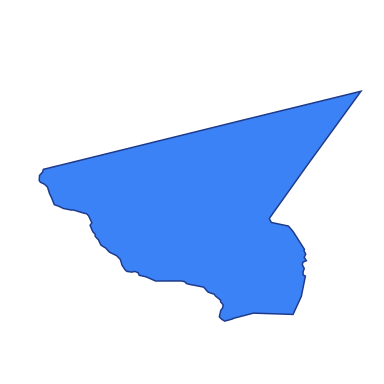 outline of Rusape, Manicaland, Zimbabwe, rotated 278°
{"feature_id": "62879985B51591282802552", "entity_name": "Rusape", "entity_type": "district", "adm_level": 2, "iso_a3": "ZWE", "parent_name": "Zimbabwe", "parent_adm1": "Manicaland", "projection": "equal_earth", "projection_center": [32.12, -18.535], "detail": "fine", "context": "isolated", "style": "filled", "palette": "blue", "viewbox_px": 384, "rotation_deg": 278, "n_neighbors": 0, "source": "geoboundaries", "source_scale": "gbopen_adm2", "svg_char_len": 1243}
<svg xmlns="http://www.w3.org/2000/svg" viewBox="0 0 384 384"><g transform="rotate(278 192 192)"><path d="M153.9,93.0L147.5,97.1L144.9,95.7L138.8,99.3L136.9,101.8L134.5,102.4L131.6,106.0L126.6,109.3L124.4,114.5L121.0,118.5L118.4,126.3L115.1,130.5L109.8,132.9L105.5,136.7L104.3,138.6L104.3,143.5L105.4,146.6L104.5,150.0L102.2,151.3L101.6,158.3L98.8,168.3L99.6,174.0L102.4,193.6L102.4,193.8L102.4,194.1L102.2,197.2L100.6,199.2L100.2,202.0L100.0,205.4L100.0,206.3L99.4,216.8L97.0,219.6L95.1,221.8L93.8,228.3L92.1,230.0L89.0,235.2L87.2,235.6L84.7,238.5L81.6,238.5L78.9,237.0L72.2,236.4L70.1,239.1L68.7,242.4L72.0,250.0L72.5,250.2L72.9,251.2L80.6,269.7L84.7,307.9L84.8,309.1L103.9,314.8L109.3,315.1L124.5,316.0L125.4,313.6L128.2,313.1L131.9,313.8L135.2,311.4L138.0,311.6L139.9,314.8L142.9,312.2L143.0,312.2L146.3,313.3L149.3,311.1L150.9,311.3L166.7,297.8L167.4,297.1L171.7,292.2L172.9,274.8L176.5,272.2L180.9,274.5L181.9,275.0L234.1,302.1L315.3,345.3L271.4,235.2L237.4,150.5L198.7,54.0L193.8,41.7L191.1,41.3L187.2,38.7L182.1,39.1L180.6,40.5L179.1,45.0L176.8,48.2L170.7,51.1L166.1,54.1L160.3,57.4L159.4,61.9L157.8,66.9L157.3,75.3L157.7,76.6L155.9,88.5L155.9,89.0L155.8,90.7L153.9,93.0Z" fill="#3b82f6" stroke="#1e3a8a" stroke-width="1.5"/></g></svg>